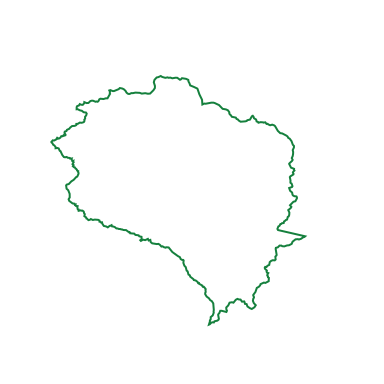 Planadas, Tolima, Colombia (orthographic projection), rotated 241°
{"feature_id": "7082276B16084639884321", "entity_name": "Planadas", "entity_type": "district", "adm_level": 2, "iso_a3": "COL", "parent_name": "Colombia", "parent_adm1": "Tolima", "projection": "orthographic", "projection_center": [-75.818, 3.098], "detail": "fine", "context": "isolated", "style": "outline", "palette": "green", "viewbox_px": 384, "rotation_deg": 241, "n_neighbors": 0, "source": "geoboundaries", "source_scale": "gbopen_adm2", "svg_char_len": 5998}
<svg xmlns="http://www.w3.org/2000/svg" viewBox="0 0 384 384"><g transform="rotate(241 192 192)"><path d="M317.6,167.9L314.9,163.5L315.7,162.1L316.2,159.7L318.0,157.1L318.0,155.9L316.8,154.1L316.7,153.2L317.5,152.3L317.7,151.4L319.7,149.8L320.4,148.8L320.8,147.2L320.1,144.6L320.9,142.9L322.8,141.4L321.9,140.8L321.2,138.7L322.2,137.2L323.3,136.5L322.5,135.0L322.8,133.2L322.2,132.3L320.3,131.2L320.0,132.0L317.6,133.7L316.5,135.0L314.3,135.9L312.9,137.8L311.6,137.9L310.3,136.6L309.6,134.9L308.0,134.1L307.4,132.8L306.4,132.5L305.7,131.6L305.7,130.3L306.2,128.7L307.1,127.6L307.0,125.1L307.6,123.9L306.8,123.5L306.6,123.0L306.7,121.5L307.8,119.1L307.4,116.6L306.8,115.3L307.0,112.8L306.2,111.7L306.5,110.0L305.5,109.1L303.5,109.2L303.0,108.8L303.3,107.2L303.9,107.1L303.5,105.8L304.2,104.8L303.4,103.3L303.2,102.0L303.7,100.3L304.3,100.7L304.8,100.4L303.8,98.6L303.9,96.2L304.7,95.3L303.9,93.2L303.2,93.2L302.4,93.6L300.6,93.5L299.5,94.2L297.3,94.5L296.4,93.9L295.7,95.7L294.7,96.5L292.1,96.3L291.5,96.8L287.3,96.5L284.7,96.9L283.9,97.8L283.4,99.4L282.3,99.8L281.1,101.5L280.5,101.5L280.4,102.0L279.8,102.4L279.6,103.0L279.1,102.4L277.3,102.6L276.9,102.3L276.4,102.6L276.5,103.2L275.9,102.8L275.4,102.9L274.3,101.0L272.9,101.5L272.3,100.3L270.9,100.8L270.5,101.4L268.9,101.5L268.5,101.9L267.1,102.1L266.5,101.9L265.4,102.6L264.9,102.1L263.6,102.0L262.8,101.4L261.1,99.1L261.2,97.9L260.0,94.4L259.8,91.6L258.7,88.1L259.2,86.0L258.8,85.1L255.7,83.9L253.6,84.6L249.7,84.1L246.5,82.4L245.5,80.6L243.8,80.3L239.9,82.0L238.8,83.5L237.6,83.3L237.5,84.1L236.7,83.6L236.1,83.7L235.1,85.1L234.2,84.3L232.3,83.7L231.8,83.8L231.5,84.3L230.5,83.8L229.9,85.8L229.3,86.2L228.8,87.2L227.4,87.8L225.6,87.3L224.6,87.5L223.0,86.1L221.1,87.1L220.1,86.8L219.7,87.2L217.6,87.8L217.2,89.2L217.4,90.4L215.6,91.7L215.0,93.6L213.1,96.5L212.0,97.2L210.9,96.7L210.3,97.5L209.3,97.7L209.0,98.6L208.1,98.2L205.1,98.4L203.4,100.3L201.9,101.2L202.3,103.6L202.0,104.3L202.0,105.6L200.7,105.4L199.9,106.5L198.7,107.5L196.8,108.2L196.2,109.2L195.0,110.2L194.5,111.2L193.5,112.0L193.3,112.6L192.0,113.6L190.6,115.9L187.9,117.1L187.5,117.7L186.9,117.6L186.5,118.2L185.8,118.0L183.6,121.3L181.9,121.7L180.0,124.3L178.8,124.4L177.3,126.1L175.1,125.1L174.9,123.4L174.0,123.6L174.0,126.1L172.6,127.7L172.4,130.7L170.6,130.6L170.3,132.3L168.2,131.6L166.4,132.3L163.5,136.0L162.9,137.5L161.4,138.3L159.1,138.8L158.8,139.9L157.0,140.9L156.6,141.6L156.1,141.9L156.0,143.0L154.8,144.7L149.0,145.7L142.8,148.6L140.9,149.8L138.8,149.6L137.3,150.5L136.8,151.4L136.2,151.5L134.2,150.1L131.3,149.6L129.3,150.1L125.9,149.2L124.7,149.7L121.5,148.9L120.2,149.7L118.8,149.4L115.0,151.0L114.1,150.9L112.9,152.3L110.6,153.3L109.4,153.2L109.0,153.9L108.5,153.6L105.1,155.7L104.6,155.4L103.5,155.7L103.3,156.4L102.5,156.6L100.4,156.9L100.0,156.4L97.9,155.5L97.3,154.6L96.2,154.0L93.5,154.1L90.8,155.3L88.6,155.5L87.0,156.4L84.3,156.6L78.3,153.9L76.8,152.8L75.9,152.5L74.0,150.3L73.5,147.7L71.7,146.7L71.0,145.4L70.1,144.9L67.8,142.5L67.7,143.5L68.3,145.3L68.2,146.6L67.3,147.9L68.0,149.0L67.2,151.8L67.4,153.2L68.0,154.0L71.9,155.3L72.5,156.1L72.9,157.3L74.4,159.1L73.6,160.5L70.4,163.9L71.2,165.0L72.9,165.2L74.4,166.0L75.2,168.7L77.0,171.2L76.2,173.5L75.1,174.6L76.5,178.0L76.5,179.9L75.2,181.0L74.4,182.3L71.8,182.6L71.0,184.6L70.3,184.6L68.5,184.1L67.5,185.4L65.0,185.0L62.2,186.4L60.7,187.6L60.9,190.7L62.1,192.9L64.8,192.2L67.3,192.5L69.0,193.9L69.6,195.0L70.7,195.4L71.6,195.3L72.3,195.7L73.8,199.0L76.7,202.2L76.7,204.5L77.3,206.3L78.2,207.3L77.9,211.0L76.9,212.1L76.8,215.8L79.6,217.6L80.5,217.1L81.5,217.6L82.4,217.3L83.2,217.9L84.1,219.4L85.2,218.5L86.2,218.6L87.0,219.4L89.6,218.6L90.6,219.0L91.0,219.7L90.3,220.8L90.9,222.2L90.8,224.2L93.0,226.0L93.4,227.9L93.2,229.5L92.1,231.2L92.4,232.4L95.1,233.6L95.6,235.2L96.1,235.6L101.7,237.6L102.5,238.3L102.0,240.3L102.7,242.6L101.8,244.2L100.9,244.6L99.7,246.3L99.2,249.2L98.4,251.0L98.3,254.0L99.8,255.9L100.4,259.6L99.4,261.8L98.6,262.5L98.2,264.9L98.5,267.0L98.2,268.6L98.4,269.5L117.0,248.8L118.3,248.8L120.0,250.8L120.0,252.1L121.1,253.8L120.8,254.6L121.1,255.6L120.4,257.1L121.6,258.2L121.6,259.1L122.0,260.5L121.8,261.8L123.8,263.7L123.8,264.7L124.8,265.9L126.8,267.2L129.5,267.4L130.1,270.5L130.8,271.7L132.9,271.3L134.3,276.0L133.8,277.9L135.6,280.7L136.5,281.2L137.5,281.2L138.7,279.5L140.0,278.7L140.9,278.6L143.0,279.3L145.5,278.4L148.4,278.9L147.9,282.0L148.4,282.7L151.1,283.2L152.2,282.6L152.9,282.8L154.0,283.6L157.6,284.8L158.0,285.6L158.2,289.2L158.6,289.6L160.0,289.6L160.7,290.4L161.1,292.0L162.1,292.0L162.8,292.5L165.3,290.4L169.5,290.6L169.9,291.3L170.7,294.6L171.3,295.6L173.3,295.7L174.5,297.4L176.2,298.8L178.0,299.9L179.8,300.4L181.5,302.7L182.8,303.5L184.5,303.1L188.2,303.7L191.3,303.3L192.7,302.4L194.1,302.5L195.4,302.0L199.5,299.3L200.7,297.7L203.9,296.7L209.3,296.6L210.4,296.2L212.0,294.8L212.5,292.7L214.1,291.5L215.0,291.2L215.4,290.2L217.4,289.9L218.0,288.2L218.4,288.0L219.8,285.9L220.4,283.7L221.2,283.7L222.4,282.7L224.3,283.2L226.4,282.0L228.1,282.3L229.2,282.1L229.2,281.1L227.2,277.8L228.0,275.2L227.6,274.3L227.9,273.0L229.9,268.6L231.9,267.5L233.2,267.3L234.3,266.4L235.8,266.4L238.5,263.3L240.3,263.2L241.6,262.7L242.5,262.7L243.7,263.3L246.1,263.0L247.8,261.7L249.9,259.1L254.9,257.8L258.8,255.0L259.8,254.0L260.8,252.1L262.6,246.7L263.4,245.6L263.5,243.5L267.8,245.5L273.8,245.8L279.4,246.8L279.9,246.8L283.1,244.5L286.1,242.1L288.3,242.5L290.3,242.5L291.9,243.1L293.9,241.6L296.4,238.4L295.9,236.9L296.0,235.9L299.0,234.5L299.9,233.1L301.0,229.9L302.5,228.6L303.3,226.8L304.1,226.2L304.8,224.0L307.1,221.7L308.6,220.9L308.8,218.2L309.3,216.6L308.3,213.6L306.5,211.8L302.7,211.0L300.9,209.9L299.7,207.6L298.4,203.1L299.3,201.1L301.1,199.0L302.4,195.8L304.1,194.3L306.4,190.6L307.1,188.2L307.9,186.9L308.0,185.0L308.5,184.1L309.3,183.4L310.8,182.9L312.6,182.9L314.9,182.2L316.3,181.2L317.9,179.3L317.5,177.7L318.1,172.7L318.8,171.5L320.7,170.0L320.9,168.9L319.4,168.8L318.2,167.9L317.6,167.9Z" fill="none" stroke="#15803d" stroke-width="2"/></g></svg>